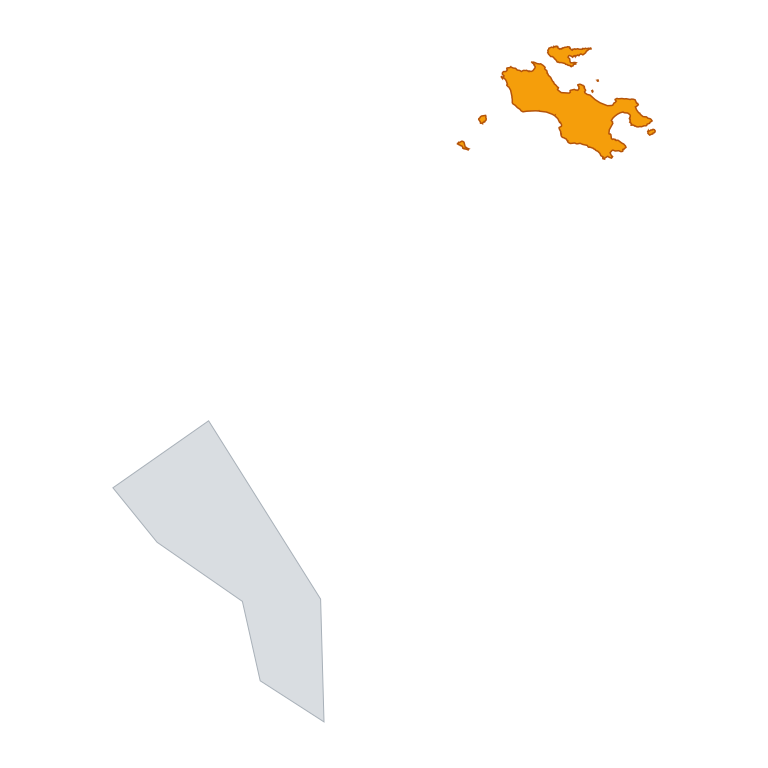 Praslin, Baie Sainte Anne, Seychelles (highlighted)
{"feature_id": "34574756B43978553392406", "entity_name": "Praslin", "entity_type": "district", "adm_level": 2, "iso_a3": "SYC", "parent_name": "Seychelles", "parent_adm1": "Baie Sainte Anne", "projection": "mercator", "projection_center": [55.728, -4.319], "detail": "fine", "context": "in_parent", "style": "filled", "palette": "amber", "viewbox_px": 768, "rotation_deg": 0, "n_neighbors": 0, "source": "geoboundaries", "source_scale": "gbopen_adm2", "svg_char_len": 6037}
<svg xmlns="http://www.w3.org/2000/svg" viewBox="0 0 768 768"><path d="M320.6,599.1L324.0,721.9L260.2,680.8L242.4,601.4L157.1,542.3L112.9,487.8L208.6,420.8L320.6,599.1Z" fill="#d9dde1" stroke="#a8b0b8" stroke-width="1"/><path d="M532.4,62.3L531.3,61.7L532.5,63.1L533.2,63.4L533.5,63.9L534.4,64.5L534.0,64.9L534.2,65.4L535.2,66.6L535.2,67.0L534.9,68.0L533.0,70.6L531.5,71.4L530.6,71.4L529.7,71.0L529.2,71.5L528.7,71.1L528.5,71.4L526.6,70.3L526.1,70.5L523.4,70.4L521.4,71.5L519.6,70.4L517.3,70.1L515.6,68.3L513.5,68.1L511.0,67.1L510.8,66.7L509.8,67.6L507.0,68.0L506.7,68.9L507.4,69.8L506.8,70.6L505.8,71.5L503.4,71.6L502.3,73.1L502.5,74.5L504.0,75.8L503.9,76.2L502.7,77.5L501.6,76.5L501.3,76.7L501.4,77.2L502.6,78.7L502.8,77.6L503.7,77.8L505.5,79.6L506.3,81.0L507.4,84.2L507.0,84.3L506.8,85.3L508.1,86.7L508.8,87.0L510.6,90.2L512.0,96.7L511.9,97.0L512.3,99.5L512.3,102.8L513.0,103.9L515.2,105.3L517.4,107.6L520.0,109.3L521.2,110.9L523.0,111.8L526.8,111.2L535.7,110.8L538.6,111.0L539.0,110.7L539.5,111.2L546.3,112.0L552.2,114.2L554.6,115.6L554.9,115.4L554.8,115.7L555.2,116.2L557.8,118.6L559.6,122.4L560.3,122.2L560.5,122.4L560.5,123.0L561.2,123.9L561.6,125.1L561.4,126.3L559.1,127.5L559.2,128.7L560.7,131.7L560.7,132.6L561.3,133.9L561.3,134.3L560.9,134.2L561.2,135.8L561.9,136.9L562.8,137.5L564.5,138.0L565.0,138.5L566.0,138.8L567.0,140.3L567.6,140.6L567.4,140.9L567.8,141.3L567.7,141.8L568.6,142.7L570.4,143.5L574.6,143.0L576.5,143.8L577.6,143.8L580.1,143.3L582.7,144.4L587.2,145.4L588.3,147.1L589.1,147.3L589.5,147.0L593.3,148.3L593.6,148.8L595.2,149.5L595.4,150.0L596.4,150.7L597.7,151.2L599.9,153.4L600.8,155.6L603.3,157.1L602.7,157.7L602.9,158.7L604.5,159.1L604.4,158.4L607.5,156.4L608.3,156.6L609.1,157.3L611.5,158.1L612.1,157.4L611.9,156.9L612.5,156.6L611.0,154.9L610.1,152.7L612.0,150.5L612.9,150.1L615.2,151.0L618.8,150.7L620.7,151.6L621.7,151.6L622.6,151.3L622.9,150.9L622.8,149.5L623.9,149.4L624.0,148.9L626.0,147.4L625.5,146.0L623.7,144.0L621.7,143.0L618.3,140.4L617.7,140.2L616.5,140.4L616.1,140.1L615.9,140.4L615.1,139.9L615.1,139.4L613.2,139.0L612.7,139.4L611.9,139.0L611.4,138.3L610.9,134.7L610.1,133.9L609.3,134.1L608.9,133.6L609.3,129.8L612.8,123.4L612.4,122.7L612.6,122.0L611.3,120.6L612.8,118.2L614.6,116.4L618.0,113.8L617.9,114.0L620.2,112.8L623.0,112.0L623.2,112.3L624.6,112.8L627.6,113.0L629.7,114.5L630.3,115.5L630.2,117.1L629.9,117.2L629.4,118.5L629.8,118.7L629.7,119.2L630.1,119.3L630.3,120.0L629.9,121.0L630.4,122.0L629.9,122.3L631.3,123.6L631.1,124.1L631.5,124.8L631.3,125.2L631.6,125.2L632.0,124.7L632.3,125.1L633.7,125.2L634.5,126.0L634.8,125.8L636.8,126.8L638.3,126.9L640.1,126.5L641.1,126.8L643.2,126.2L643.4,126.6L643.4,126.0L643.8,125.8L646.0,125.8L646.7,125.4L647.1,124.2L649.6,123.3L649.8,122.5L652.1,120.9L651.1,119.4L650.1,118.7L647.9,118.2L646.5,116.9L643.0,116.6L640.3,114.3L639.8,113.2L638.6,112.7L636.5,109.7L635.4,106.9L636.4,106.5L638.3,104.8L637.6,103.3L636.6,103.2L635.1,99.8L633.3,99.2L631.2,99.1L630.3,99.5L626.1,98.7L624.6,98.9L621.9,98.5L618.2,98.8L617.0,98.4L615.1,99.4L615.1,99.9L616.3,101.1L615.1,102.5L614.0,103.0L612.7,105.2L611.6,105.5L607.4,105.7L600.1,102.8L595.2,99.7L590.1,95.1L587.1,94.4L584.8,92.7L584.6,91.4L585.4,90.9L585.6,90.4L585.4,89.7L584.2,88.1L584.1,87.6L584.5,87.2L584.1,86.2L583.2,85.8L582.9,85.3L582.5,85.4L581.4,84.7L579.9,84.2L577.9,84.7L577.9,85.5L579.0,86.9L578.8,88.0L579.1,88.5L577.8,90.3L577.3,90.4L576.8,90.0L576.0,90.2L574.3,89.4L570.5,90.3L570.0,90.8L570.3,92.3L569.1,93.1L561.2,92.6L557.8,89.9L557.5,89.5L558.5,87.8L558.4,87.5L557.7,87.3L555.4,84.6L554.4,84.0L553.5,81.9L553.1,81.8L552.3,80.7L550.6,77.3L548.5,75.4L547.6,73.4L547.0,73.0L547.2,72.3L546.7,70.5L545.2,69.5L544.7,68.5L545.1,67.5L544.9,67.1L543.1,65.4L540.7,63.8L539.7,64.0L537.1,63.6L534.7,62.5L533.4,62.1L532.4,62.3ZM556.0,46.1L555.8,46.6L555.2,46.8L553.8,46.4L553.8,47.2L553.4,47.6L551.6,47.1L548.8,48.3L548.8,49.0L547.8,50.3L548.1,51.4L547.7,52.6L548.0,52.7L548.3,53.8L550.7,56.5L552.6,56.6L554.4,58.4L554.6,58.9L555.2,59.2L556.1,60.2L557.3,62.1L558.3,62.0L559.2,62.6L561.5,62.6L564.6,63.4L565.1,63.6L565.6,64.3L567.4,64.6L568.0,65.3L570.1,65.5L570.4,66.2L571.2,66.7L571.6,66.4L571.3,66.1L571.9,66.2L573.1,65.8L573.3,64.8L574.0,64.0L574.4,63.9L574.7,64.2L574.9,64.0L575.7,64.1L575.8,63.1L575.4,62.9L575.8,62.7L574.7,62.4L574.1,62.9L573.4,62.5L572.5,62.9L570.6,62.7L570.0,61.5L569.7,58.9L568.0,57.2L568.6,55.9L569.2,55.5L569.8,55.6L571.9,56.5L572.4,57.2L574.0,55.7L574.5,55.7L574.5,56.0L574.9,55.6L575.5,55.6L575.7,56.4L575.9,56.0L577.7,55.0L578.3,55.6L579.1,55.6L579.3,54.9L580.6,54.0L581.7,54.2L582.6,54.8L583.2,54.7L585.7,52.7L586.4,51.1L587.2,50.8L588.9,49.3L589.8,49.0L591.0,49.0L591.0,48.3L590.3,48.0L589.6,48.6L588.5,48.2L586.7,48.7L585.3,48.2L584.5,48.8L582.7,48.4L582.3,48.8L582.4,49.2L581.8,49.3L578.8,49.2L577.8,48.7L575.5,49.3L574.9,48.8L573.6,49.3L573.0,49.1L572.3,50.2L571.4,49.8L570.4,48.6L569.7,48.4L569.7,47.9L570.0,47.8L569.5,47.0L567.5,46.7L566.9,47.1L564.7,47.3L562.7,48.2L562.4,48.0L562.2,48.5L561.7,48.5L561.3,49.0L560.8,49.0L560.0,48.6L559.6,49.1L557.9,47.9L557.5,47.3L557.9,47.0L557.6,46.4L556.0,46.1ZM485.6,115.4L481.6,116.0L480.4,116.8L480.1,117.6L478.8,118.7L478.7,119.5L480.3,121.8L480.5,123.2L481.7,123.2L482.6,123.7L482.7,122.9L483.2,122.3L484.5,122.0L484.4,121.5L484.8,121.5L486.1,120.0L486.2,118.6L485.8,117.5L485.9,116.3L485.6,115.4ZM464.0,142.2L462.7,141.3L461.7,141.2L459.5,142.5L458.8,142.2L458.1,143.2L457.5,143.4L457.5,144.0L458.6,144.2L458.8,144.7L459.9,145.0L460.2,145.5L461.9,146.0L462.9,147.7L462.8,148.2L463.7,148.7L466.3,149.2L468.1,149.9L468.2,149.3L468.9,148.9L467.2,148.2L466.1,147.3L465.3,147.4L464.0,142.2ZM654.3,129.7L653.0,129.3L652.3,129.9L650.8,130.0L649.4,131.0L648.4,130.9L648.3,130.6L648.1,131.1L647.7,131.4L648.0,132.0L647.9,133.3L649.7,135.1L651.5,134.2L652.7,134.0L652.9,133.2L654.2,132.8L655.1,131.8L655.1,130.7L654.3,129.7ZM592.4,92.1L592.9,91.7L592.8,91.0L592.5,90.4L591.8,90.8L592.4,92.1ZM598.0,80.0L597.2,80.2L597.5,80.4L597.5,81.1L597.8,81.2L598.3,81.0L598.0,80.0Z" fill="#f59e0b" stroke="#b45309" stroke-width="1.5"/></svg>